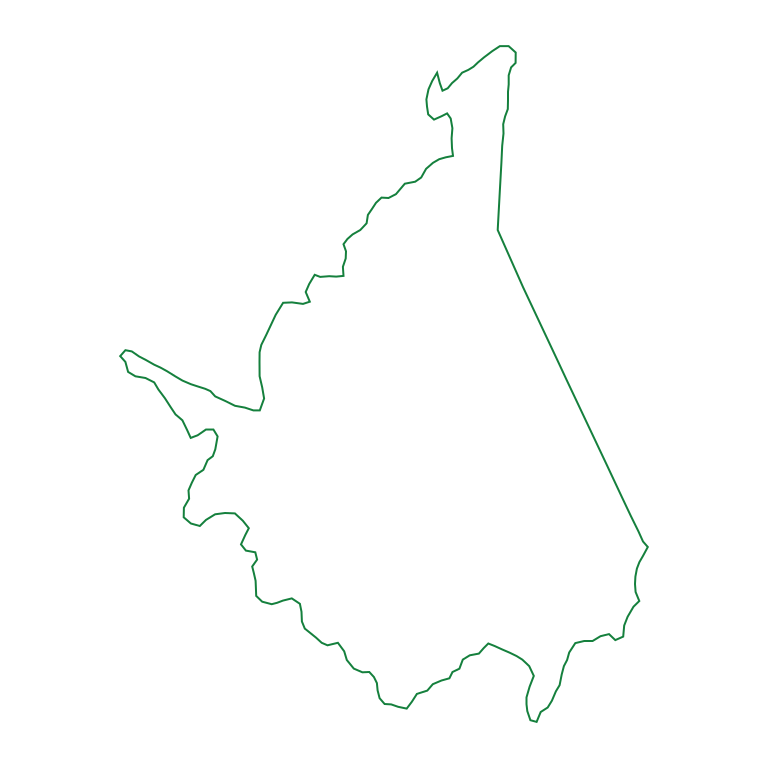 the district of Anchieta, Espírito Santo, Brazil
{"feature_id": "56859067B41158755136707", "entity_name": "Anchieta", "entity_type": "district", "adm_level": 2, "iso_a3": "BRA", "parent_name": "Brazil", "parent_adm1": "Espírito Santo", "projection": "natural_earth1", "projection_center": [-40.708, -20.693], "detail": "fine", "context": "isolated", "style": "outline", "palette": "green", "viewbox_px": 768, "rotation_deg": 0, "n_neighbors": 0, "source": "geoboundaries", "source_scale": "gbopen_adm2", "svg_char_len": 2924}
<svg xmlns="http://www.w3.org/2000/svg" viewBox="0 0 768 768"><path d="M128.1,371.9L135.4,376.3L145.5,378.0L154.2,382.4L158.4,389.5L164.9,398.2L170.7,407.2L175.5,414.4L182.4,420.3L187.2,430.2L190.7,437.9L197.6,435.3L206.0,429.5L213.4,429.5L217.6,436.4L215.3,449.3L212.8,456.2L207.6,460.1L203.4,469.8L195.7,475.0L191.8,482.8L188.5,490.4L189.1,498.7L183.9,507.7L183.7,517.3L190.9,523.5L199.8,526.0L206.0,519.9L215.1,514.3L225.0,513.0L234.9,513.4L242.8,520.7L248.8,528.2L245.3,535.0L241.0,544.4L245.9,550.6L255.3,552.3L257.1,559.6L252.2,566.5L253.8,572.9L255.6,580.8L255.9,587.9L256.2,595.9L262.2,601.7L271.7,604.2L277.1,602.8L282.9,600.6L291.8,598.4L299.9,603.8L301.5,611.8L301.9,621.5L304.8,628.6L316.0,637.6L321.7,642.8L327.5,645.3L337.9,642.8L344.2,651.3L346.8,660.0L353.8,668.6L362.4,672.3L369.3,672.0L373.9,677.0L376.9,683.1L377.6,690.4L379.6,698.2L384.6,704.0L391.2,704.4L398.1,706.8L406.7,708.6L411.9,701.7L416.9,693.9L427.3,690.6L432.8,684.2L441.5,680.5L449.4,678.3L452.5,672.0L459.4,668.7L462.8,659.6L469.8,655.3L478.9,653.6L483.7,648.1L488.3,643.5L494.6,646.0L502.3,649.5L509.7,652.7L516.5,656.0L522.3,659.6L529.2,666.1L533.8,675.9L529.6,686.7L526.5,697.4L526.5,704.2L527.3,711.1L530.4,720.2L536.6,721.9L540.7,712.0L547.7,707.5L551.9,700.7L555.9,691.3L559.6,685.2L561.7,674.5L563.9,666.1L567.1,660.0L569.2,652.5L575.3,643.1L584.2,641.0L592.6,641.0L600.5,636.2L609.0,634.1L615.3,640.1L623.2,636.6L624.2,625.5L627.6,616.8L633.5,606.7L639.3,601.0L635.6,592.0L635.0,584.0L635.4,576.6L636.9,568.6L639.4,562.1L643.0,555.9L647.8,547.0L643.0,541.5L638.5,531.5L630.8,515.9L621.8,496.9L606.6,464.5L566.6,379.9L559.0,363.6L523.1,287.3L497.7,230.0L498.3,218.9L499.9,189.7L501.4,162.8L502.2,145.8L503.5,133.5L503.2,124.2L505.1,116.4L507.8,109.1L508.0,100.4L508.0,91.8L508.7,84.5L508.7,75.3L511.1,67.4L515.6,62.9L515.7,52.5L508.6,46.1L499.9,46.1L492.3,51.1L484.1,57.3L478.0,62.4L473.5,66.7L468.3,69.9L462.1,72.7L457.3,78.5L452.0,83.1L447.7,88.3L442.5,90.7L439.8,83.1L437.1,72.7L432.2,81.0L428.5,89.3L426.4,99.4L427.0,106.5L428.2,114.4L434.0,119.6L441.6,116.2L447.1,113.4L450.7,118.5L452.4,128.2L451.6,138.3L452.0,148.1L453.0,155.9L445.8,157.3L439.2,159.2L433.0,162.8L426.1,168.8L421.2,177.5L415.2,181.7L404.8,183.7L396.0,194.1L388.5,198.0L381.5,197.6L376.0,202.8L371.8,209.2L367.9,214.9L366.6,223.3L360.3,230.0L352.6,234.4L347.4,239.0L343.5,244.2L346.0,251.3L345.7,258.5L342.9,266.8L343.5,275.9L336.2,276.6L329.2,276.2L320.2,276.9L314.7,274.8L309.2,284.0L305.7,292.0L309.8,301.7L303.0,303.9L292.0,302.4L283.1,302.8L275.7,314.8L266.2,335.0L261.3,344.9L259.6,352.2L259.5,361.9L259.6,376.2L262.2,387.4L264.1,398.5L259.8,410.4L253.4,410.4L244.9,407.6L235.0,405.8L224.9,400.8L215.2,396.4L210.4,391.1L205.2,388.8L197.3,386.3L190.9,384.2L182.5,380.6L175.2,376.3L167.0,371.2L160.5,367.6L154.2,364.7L146.1,360.1L139.0,356.4L131.8,351.4L125.4,350.2L120.2,356.1L125.4,361.9L128.1,371.9Z" fill="none" stroke="#15803d" stroke-width="2"/></svg>